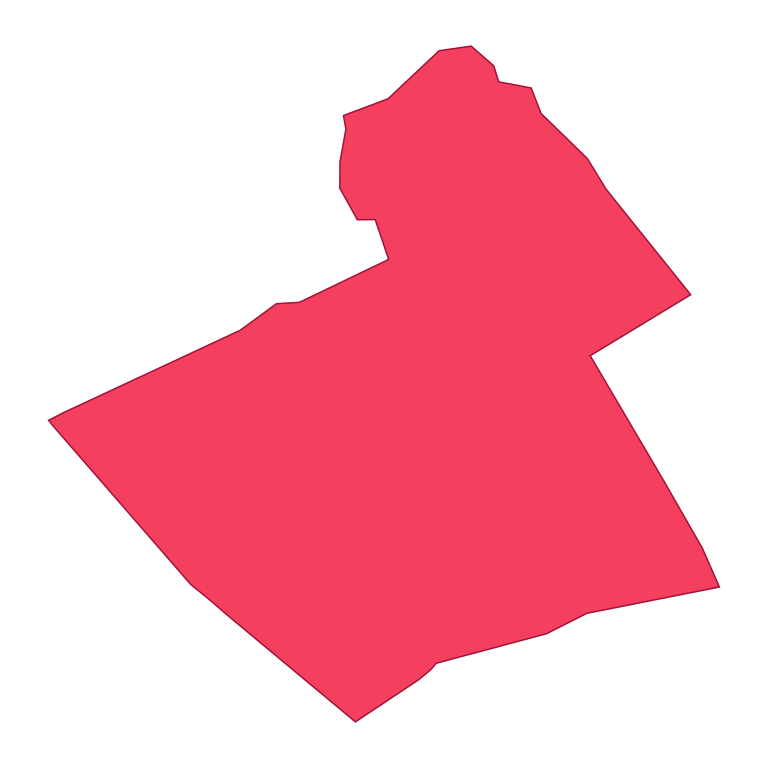 Carbon, Pennsylvania, United States of America
{"feature_id": "52423323B51217028410737", "entity_name": "Carbon", "entity_type": "district", "adm_level": 2, "iso_a3": "USA", "parent_name": "United States of America", "parent_adm1": "Pennsylvania", "projection": "orthographic", "projection_center": [-75.722, 40.935], "detail": "fine", "context": "isolated", "style": "filled", "palette": "rose", "viewbox_px": 768, "rotation_deg": 0, "n_neighbors": 0, "source": "geoboundaries", "source_scale": "gbopen_adm2", "svg_char_len": 591}
<svg xmlns="http://www.w3.org/2000/svg" viewBox="0 0 768 768"><path d="M546.5,633.7L586.9,613.3L719.4,587.0L702.3,548.1L663.0,479.5L590.2,355.7L690.7,294.7L606.1,189.2L587.4,158.6L541.1,113.5L531.2,88.0L498.7,81.8L493.8,65.9L471.2,46.1L439.1,50.7L388.0,98.8L343.5,115.5L345.9,129.2L340.0,161.8L339.8,188.2L357.4,219.8L375.2,219.6L388.7,259.4L299.4,302.3L276.5,303.7L240.1,330.3L127.9,382.6L63.2,412.8L48.6,420.3L52.4,425.2L181.2,573.5L190.9,584.6L210.4,600.5L226.4,614.4L355.4,721.9L418.7,679.7L430.5,669.9L436.4,663.2L546.5,633.7Z" fill="#f43f5e" stroke="#9f1239" stroke-width="1.5"/></svg>